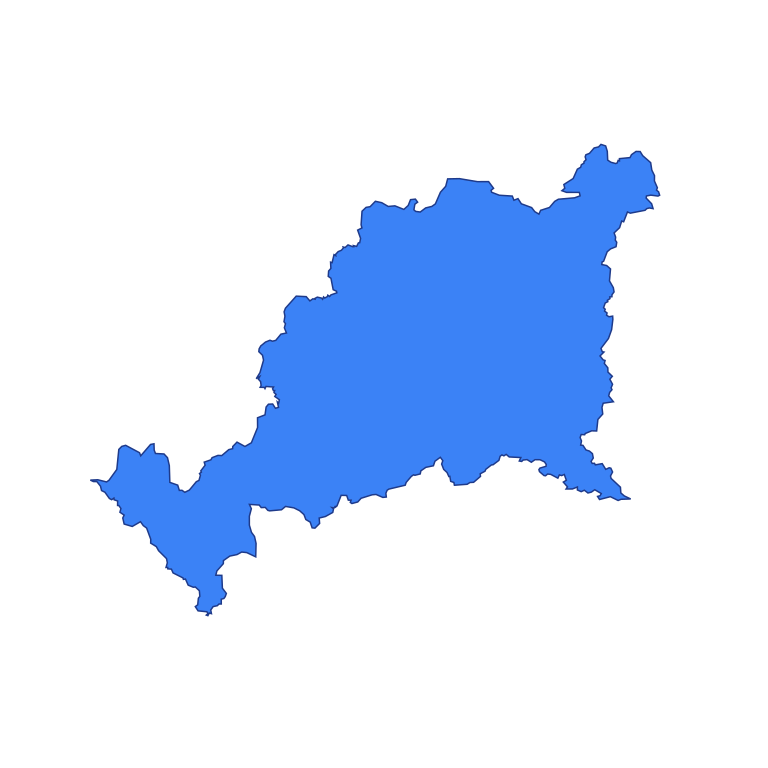 the district of San Martín de Bolaños, Jalisco, Mexico, rotated 79°
{"feature_id": "50627088B70833625521917", "entity_name": "San Martín de Bolaños", "entity_type": "district", "adm_level": 2, "iso_a3": "MEX", "parent_name": "Mexico", "parent_adm1": "Jalisco", "projection": "natural_earth1", "projection_center": [-103.757, 21.572], "detail": "fine", "context": "isolated", "style": "filled", "palette": "blue", "viewbox_px": 768, "rotation_deg": 79, "n_neighbors": 0, "source": "geoboundaries", "source_scale": "gbopen_adm2", "svg_char_len": 6147}
<svg xmlns="http://www.w3.org/2000/svg" viewBox="0 0 768 768"><g transform="rotate(79 384 384)"><path d="M203.8,92.2L206.1,97.3L208.7,99.3L207.7,109.9L209.9,110.3L209.2,111.5L211.5,112.9L211.8,114.5L209.6,119.0L206.9,121.7L198.2,120.4L192.6,121.0L190.2,125.3L192.2,128.1L192.4,132.7L196.8,138.3L197.5,142.1L199.4,143.2L202.4,142.9L204.0,145.3L205.4,145.6L206.4,148.4L208.8,149.6L210.0,153.2L218.4,159.1L222.5,169.4L226.4,169.2L228.2,172.5L230.7,168.3L233.2,155.7L236.7,155.6L237.6,161.4L235.9,177.6L237.3,181.6L242.3,187.9L243.4,197.1L246.8,199.5L243.6,203.1L239.0,205.4L233.3,214.8L227.6,217.1L228.4,221.4L224.0,222.2L220.7,234.8L216.3,241.8L214.3,241.9L212.8,239.1L205.3,242.7L203.2,253.7L196.8,270.8L194.8,282.4L201.7,285.7L206.5,292.0L217.0,299.2L218.8,303.1L219.1,309.5L222.1,315.6L220.6,320.0L218.7,321.4L213.4,319.4L211.9,316.3L208.5,317.9L208.1,322.8L213.4,326.2L216.4,331.2L211.2,339.3L210.5,346.0L205.6,351.6L203.0,357.6L207.3,363.8L207.2,367.9L210.2,372.6L223.3,376.1L226.6,375.9L227.9,380.5L236.6,379.2L240.7,380.9L240.6,382.2L243.7,384.6L242.3,387.6L243.4,387.5L243.2,388.6L240.6,392.8L242.6,396.1L241.7,398.0L242.7,397.9L244.6,400.3L245.3,403.7L247.6,406.9L248.8,406.9L247.5,408.4L255.0,411.8L254.2,413.2L260.4,414.1L262.5,416.8L267.7,418.2L270.1,415.9L281.7,415.9L283.9,412.9L285.5,412.9L286.4,419.1L287.7,420.7L286.1,422.2L287.4,422.9L288.3,425.8L287.0,426.7L289.1,428.1L287.7,429.0L286.0,432.9L286.8,435.5L287.6,435.5L286.8,437.6L288.3,440.9L283.4,443.7L281.0,453.4L290.8,466.3L294.1,468.3L298.5,468.3L303.8,470.3L306.0,469.2L309.8,471.1L315.3,470.0L315.4,475.7L320.5,481.9L320.7,485.3L319.3,487.6L320.2,492.3L323.1,497.7L325.7,499.9L328.4,500.7L332.6,497.8L337.6,497.7L349.2,503.6L354.4,508.4L353.0,504.6L355.3,506.4L358.1,504.7L362.0,504.9L363.6,506.2L364.5,502.1L365.8,501.7L363.9,500.3L365.9,493.0L367.4,494.3L369.4,493.8L369.6,492.6L371.4,493.6L373.6,491.9L375.4,493.6L379.5,489.7L382.7,491.1L381.3,492.1L386.8,492.0L387.1,495.2L382.4,497.1L381.8,501.3L384.1,504.1L391.6,506.7L393.0,514.6L402.6,516.4L416.4,525.4L418.8,532.4L413.0,539.4L416.5,544.4L418.6,544.9L418.8,548.9L423.3,556.9L422.4,560.6L423.5,566.8L425.4,568.4L426.4,575.4L429.6,575.1L434.3,580.4L435.7,580.1L436.7,582.2L438.5,581.6L443.3,584.0L444.1,586.9L451.0,595.3L452.3,600.2L449.8,602.6L449.4,605.2L443.9,605.8L439.7,613.0L423.1,610.3L415.0,610.6L410.7,613.3L408.6,621.6L405.0,622.2L398.8,621.2L398.8,624.7L408.1,636.5L404.8,637.1L394.9,649.3L395.2,653.3L397.6,656.8L416.9,662.6L426.0,672.3L427.2,675.0L423.4,683.2L422.3,690.6L424.3,687.9L425.0,684.5L430.2,681.8L434.7,681.6L437.0,678.6L444.0,675.4L445.6,673.4L444.5,670.9L446.2,671.0L448.0,667.8L452.4,668.7L452.7,667.5L456.0,666.0L459.5,667.7L463.1,664.1L465.7,666.0L471.9,665.8L475.8,658.3L472.7,649.3L477.1,647.3L480.1,644.5L491.9,642.6L495.7,643.4L500.2,638.5L504.6,637.1L513.9,630.8L518.2,630.8L522.5,633.0L522.8,631.3L524.2,631.5L525.2,628.0L529.2,627.1L536.0,618.3L537.5,618.2L537.6,616.1L544.1,614.6L547.1,610.0L547.3,607.9L551.7,604.7L557.3,605.3L558.9,607.1L565.2,609.0L566.5,611.7L571.2,609.8L573.8,601.3L575.8,600.6L576.9,602.5L577.8,601.1L575.5,599.2L576.5,597.2L572.8,597.2L569.9,594.2L569.8,589.9L568.5,588.0L568.9,585.7L564.2,584.8L564.0,582.1L562.4,580.4L559.5,578.7L553.6,581.6L540.9,579.7L539.6,585.6L535.6,583.7L529.7,576.0L526.7,575.3L523.5,568.2L523.4,560.8L521.8,555.8L523.3,550.9L529.2,542.9L516.1,540.0L509.0,540.2L504.3,542.4L496.9,543.1L488.1,541.4L481.1,538.0L476.5,539.1L479.0,529.6L481.9,528.1L482.5,524.1L485.9,522.1L486.7,520.4L487.9,508.6L485.4,504.0L488.4,496.1L492.3,491.0L496.9,487.5L502.1,486.6L505.5,482.8L511.5,482.0L512.3,479.3L508.6,473.8L503.2,473.2L502.9,466.8L500.3,458.8L497.0,457.4L495.4,458.6L496.1,456.7L495.7,455.3L494.2,455.6L495.6,455.1L494.7,453.4L485.1,447.3L486.3,441.9L491.2,441.2L491.8,438.5L493.8,439.7L495.2,438.3L494.8,432.3L491.8,428.3L490.5,416.8L490.9,412.9L495.1,406.8L495.4,403.3L491.6,403.0L488.9,401.2L488.1,399.3L487.4,382.5L484.8,381.0L479.9,374.8L478.8,372.3L479.5,371.1L479.2,365.6L476.3,364.4L473.8,358.8L473.7,351.1L469.5,348.7L466.7,342.7L470.5,340.9L473.6,342.7L479.2,341.7L482.9,339.0L487.2,338.0L487.2,337.0L492.3,337.1L494.0,334.2L496.8,334.2L498.3,321.5L497.1,318.4L497.6,314.8L493.1,306.9L490.5,306.7L488.9,301.5L487.2,300.4L483.9,293.9L484.1,292.4L480.9,285.8L477.1,283.8L476.1,281.8L477.4,280.0L476.4,277.5L479.5,275.0L482.3,263.7L485.4,265.9L486.3,263.6L485.2,262.0L485.5,258.0L488.9,254.3L487.1,250.2L488.1,245.3L491.1,241.3L494.0,240.1L495.7,240.7L496.3,247.0L497.6,248.3L499.7,248.1L504.4,244.4L504.9,242.9L503.6,240.6L504.5,237.6L509.6,231.3L506.7,229.2L507.8,227.1L507.2,224.3L513.3,223.4L514.5,226.7L520.0,223.5L521.8,225.3L523.0,219.1L522.0,213.8L524.9,214.4L527.3,211.0L526.5,207.6L529.9,204.6L529.7,201.1L528.0,197.3L533.0,191.6L534.9,193.2L535.1,195.8L538.5,194.5L537.8,183.3L543.0,176.4L542.4,173.3L543.9,163.8L539.7,169.5L536.1,172.3L530.4,171.6L520.0,179.1L517.5,179.2L514.0,176.4L509.9,177.4L509.2,179.0L510.1,182.6L503.8,185.0L503.7,192.0L502.0,192.5L501.7,194.8L499.5,195.5L496.6,192.7L492.1,192.7L489.0,195.2L487.3,198.3L482.2,200.4L481.5,202.6L477.6,201.0L474.0,201.7L471.2,200.1L472.1,196.7L471.0,195.9L469.6,189.1L470.7,184.2L459.6,180.8L455.2,175.0L448.6,174.5L444.7,172.5L445.2,162.2L438.5,165.7L435.3,164.1L433.1,161.3L431.1,161.8L427.9,159.7L422.4,161.4L420.0,158.4L415.0,161.9L410.8,161.2L405.9,163.8L403.1,162.5L402.1,164.3L397.7,166.6L394.6,162.0L393.9,163.6L390.4,164.2L382.2,155.0L374.1,150.2L364.2,147.0L361.0,146.6L360.9,150.3L359.0,152.4L356.8,151.5L354.5,153.6L352.8,152.6L351.0,153.9L346.7,151.4L345.9,148.6L344.5,148.8L343.3,145.9L341.6,145.8L341.8,143.6L339.9,143.2L337.5,140.6L333.2,140.5L325.8,143.0L314.3,139.7L310.2,142.8L308.3,147.4L305.8,146.6L305.4,145.0L296.8,139.7L294.6,135.8L293.5,130.0L289.3,128.5L286.9,129.5L284.0,128.6L279.6,129.3L275.5,122.9L269.4,119.6L270.5,117.8L261.6,112.2L263.3,109.6L263.3,94.6L262.0,92.6L261.8,90.0L263.2,86.4L258.1,86.9L251.5,91.2L249.5,90.5L249.5,86.1L251.8,79.2L251.3,77.4L247.7,77.8L245.7,79.5L243.5,78.2L236.3,79.8L231.1,78.7L225.1,80.3L217.6,80.0L209.2,86.5L204.7,88.2L203.8,92.2Z" fill="#3b82f6" stroke="#1e3a8a" stroke-width="1.5"/></g></svg>